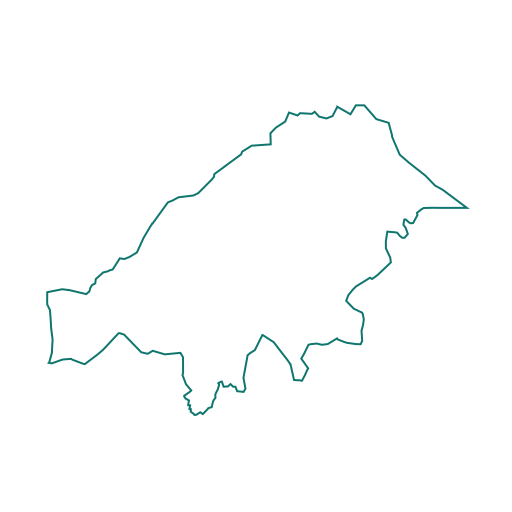 Jema'A, Kaduna, Nigeria (Equal Earth projection), rotated 190°
{"feature_id": "59680162B37059166930142", "entity_name": "Jema'A", "entity_type": "district", "adm_level": 2, "iso_a3": "NGA", "parent_name": "Nigeria", "parent_adm1": "Kaduna", "projection": "equal_earth", "projection_center": [8.262, 9.414], "detail": "fine", "context": "isolated", "style": "outline", "palette": "teal", "viewbox_px": 512, "rotation_deg": 190, "n_neighbors": 0, "source": "geoboundaries", "source_scale": "gbopen_adm2", "svg_char_len": 3562}
<svg xmlns="http://www.w3.org/2000/svg" viewBox="0 0 512 512"><g transform="rotate(190 256 256)"><path d="M148.5,410.2L161.3,411.7L175.5,423.2L183.8,421.7L187.6,412.0L201.9,417.1L201.9,416.8L204.9,407.1L210.5,403.7L218.0,404.2L223.3,408.2L223.8,407.6L225.7,405.7L237.4,404.3L239.5,401.6L248.4,403.0L250.6,393.4L251.8,392.3L258.6,386.0L261.6,381.6L263.1,379.4L260.9,368.5L279.4,363.9L287.7,356.4L288.3,353.5L311.1,329.6L311.3,329.0L311.1,326.9L312.7,323.8L323.7,308.0L328.0,304.8L331.1,303.8L342.5,300.4L347.6,296.3L352.1,293.5L363.5,270.0L363.8,270.0L365.8,265.1L369.9,254.2L373.9,238.8L380.4,233.1L384.9,230.3L385.2,230.2L389.1,230.0L389.7,230.1L394.8,217.8L397.8,216.4L399.0,215.3L403.9,213.1L403.9,212.9L409.8,205.4L409.6,202.1L409.6,201.1L412.4,198.9L413.0,197.6L413.6,195.9L413.9,192.7L414.1,192.0L416.6,189.0L433.8,190.0L441.1,189.6L455.3,184.1L453.9,175.5L453.1,171.9L449.5,166.9L447.8,160.3L445.2,149.3L441.8,138.3L440.7,129.0L440.2,125.4L441.1,115.6L441.5,114.8L438.6,114.8L437.6,115.3L436.2,116.1L429.3,120.0L427.7,120.7L420.2,122.6L418.8,122.0L407.7,119.9L405.8,119.8L395.2,131.2L390.3,137.1L378.0,156.0L376.6,156.3L371.9,155.6L370.9,154.7L352.5,141.4L351.8,141.2L345.7,140.9L341.8,144.2L341.3,144.7L328.7,143.3L316.5,146.7L313.6,147.5L310.7,144.1L310.3,143.5L307.9,130.4L307.5,128.1L307.7,126.0L302.7,117.6L297.3,113.1L296.4,112.4L296.8,111.7L297.6,110.8L298.2,110.1L298.9,109.4L299.4,109.0L300.4,107.9L301.7,106.6L302.3,106.0L302.5,105.6L301.9,104.7L301.1,103.8L300.5,103.3L299.7,103.1L299.1,102.8L298.7,102.7L298.4,102.6L297.5,102.3L297.2,102.2L296.9,102.1L297.0,100.2L297.0,99.5L296.9,98.3L296.8,97.2L296.2,97.3L295.8,97.4L295.2,97.5L294.9,97.5L294.9,96.1L295.0,94.7L295.0,93.7L294.7,93.7L294.3,93.8L293.9,93.8L293.7,93.9L293.6,93.6L293.3,92.4L293.3,91.4L289.1,89.2L288.9,88.8L287.3,89.2L283.8,92.4L280.9,91.1L277.0,96.9L276.9,97.0L276.6,97.8L274.8,98.8L273.4,99.4L273.1,104.9L272.6,106.8L271.3,109.3L271.4,109.7L272.0,112.3L271.9,113.1L271.8,113.7L271.6,114.2L271.4,114.7L271.4,115.0L271.0,116.4L270.8,116.8L270.5,117.6L270.4,118.6L270.4,119.1L270.3,119.7L270.1,120.8L269.9,122.7L270.1,123.1L270.5,123.6L270.8,123.8L271.0,123.9L271.0,124.3L270.1,124.9L269.2,125.8L267.8,126.4L265.2,121.7L261.1,122.6L258.9,125.4L255.8,123.3L253.6,123.7L251.1,119.6L244.6,120.0L244.2,121.0L243.4,123.6L247.2,133.9L247.0,156.8L245.2,159.1L240.8,163.1L240.5,164.1L236.0,179.3L235.6,179.3L223.6,174.2L213.7,165.1L208.1,160.1L204.4,156.5L203.8,155.6L203.3,155.5L197.0,140.5L193.6,140.8L191.9,141.1L191.4,141.2L189.1,141.1L187.1,147.2L185.7,152.9L185.1,154.4L193.6,162.8L192.0,167.0L188.9,177.7L186.7,178.7L181.0,180.3L175.5,180.0L175.1,180.2L170.1,181.7L161.9,188.9L160.9,188.0L155.5,186.9L151.5,186.3L142.3,186.6L137.6,187.3L136.7,190.9L139.1,200.7L138.6,206.5L138.8,212.3L140.8,217.4L141.6,218.6L143.0,219.0L150.6,221.1L159.4,227.5L158.3,233.4L154.8,239.7L152.2,243.4L139.9,254.4L137.7,253.5L133.3,258.0L127.3,266.0L122.1,273.1L123.4,277.4L123.8,278.1L124.7,279.4L129.4,286.1L130.7,293.1L130.9,302.8L122.8,303.5L121.0,303.5L118.5,301.3L117.9,300.8L115.1,299.3L112.8,299.8L110.3,304.0L110.7,304.8L113.6,309.9L113.8,310.0L116.2,312.3L116.3,314.0L116.3,317.6L115.5,317.9L114.9,318.0L111.1,315.6L110.8,315.5L109.8,315.2L109.5,315.1L108.9,315.2L107.0,315.7L104.1,324.4L104.5,325.2L104.6,325.4L104.9,326.5L101.4,330.5L99.1,332.4L98.7,332.4L97.7,332.7L92.2,333.8L56.7,340.0L83.8,353.7L91.8,356.4L92.4,356.8L93.9,357.9L103.2,364.6L121.5,374.4L132.0,380.7L139.5,392.1L142.7,397.1L142.8,398.1L146.1,405.1L148.5,410.2Z" fill="none" stroke="#0f766e" stroke-width="2"/></g></svg>